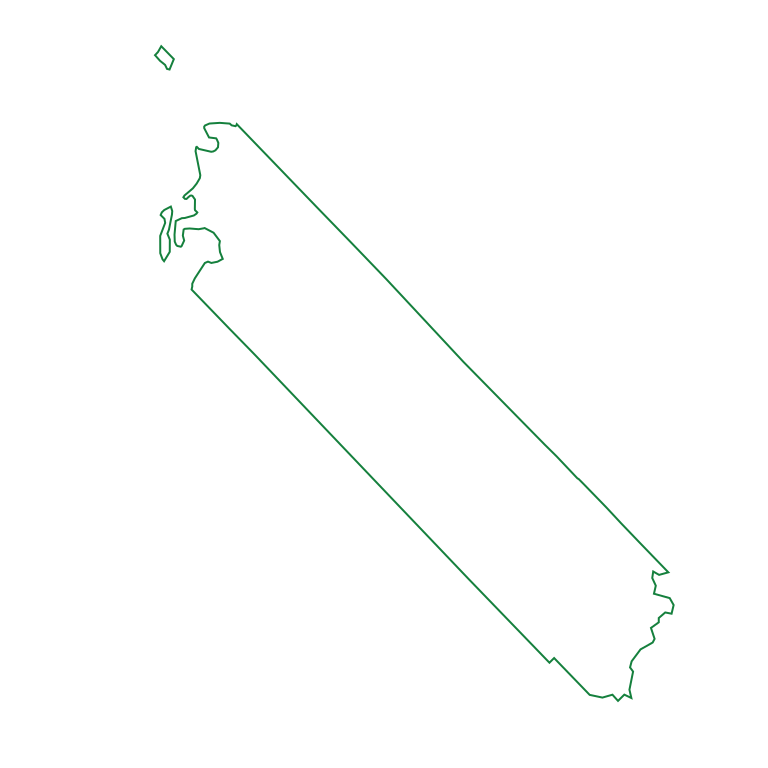 Whatcom, Washington, United States of America (Robinson projection), rotated 46°
{"feature_id": "52423323B9068998137459", "entity_name": "Whatcom", "entity_type": "district", "adm_level": 2, "iso_a3": "USA", "parent_name": "United States of America", "parent_adm1": "Washington", "projection": "robinson", "projection_center": [-122.187, 48.822], "detail": "fine", "context": "isolated", "style": "outline", "palette": "green", "viewbox_px": 768, "rotation_deg": 46, "n_neighbors": 0, "source": "geoboundaries", "source_scale": "gbopen_adm2", "svg_char_len": 1876}
<svg xmlns="http://www.w3.org/2000/svg" viewBox="0 0 768 768"><g transform="rotate(46 384 384)"><path d="M750.5,452.0L761.3,444.7L766.2,435.5L774.5,435.8L774.4,426.9L781.7,424.2L774.4,419.8L763.9,404.6L758.8,403.9L755.5,398.5L753.1,383.8L756.6,370.3L755.3,366.4L744.9,361.4L746.3,351.9L743.2,348.9L743.7,340.4L749.0,336.7L744.2,329.2L736.5,327.2L722.4,335.5L717.9,328.6L709.9,325.8L705.9,320.6L712.4,318.7L717.0,310.3L675.4,310.3L648.9,310.2L627.3,309.8L593.5,309.9L587.3,310.0L586.5,310.4L584.7,310.4L555.8,310.1L539.4,310.5L423.4,311.5L310.1,309.5L260.2,309.4L209.7,309.5L209.1,309.5L94.8,309.4L95.4,310.6L95.4,311.7L92.1,313.9L89.5,314.1L82.1,320.7L75.4,328.6L73.7,333.2L74.0,334.6L75.1,335.6L85.1,338.6L90.7,334.1L92.1,334.4L95.5,335.7L98.4,339.0L98.8,342.9L98.1,345.3L96.9,347.0L86.3,353.9L83.4,353.9L83.2,354.6L85.6,357.8L106.2,371.1L108.0,373.5L109.7,379.6L110.5,385.6L109.8,396.5L110.3,398.6L112.5,398.6L113.7,397.5L113.7,395.1L113.9,392.7L114.4,391.8L115.6,391.1L120.0,391.8L126.7,398.5L127.7,399.2L130.9,399.1L131.2,400.6L130.7,403.7L126.2,412.0L124.3,414.2L122.1,420.6L131.0,430.9L136.2,435.6L139.4,436.8L141.1,436.8L144.1,434.8L144.2,433.8L142.0,428.1L137.5,425.6L133.7,420.8L134.0,419.5L137.1,415.8L143.9,409.8L146.8,405.5L147.2,404.7L156.8,401.5L167.2,402.8L169.6,406.0L174.6,409.9L175.3,410.4L182.0,413.1L181.2,415.9L180.4,418.8L177.0,424.1L173.7,425.6L172.5,428.8L176.6,446.7L178.7,452.3L180.7,454.2L182.4,456.8L236.6,456.8L271.7,456.6L273.5,456.6L583.8,458.6L699.4,458.6L699.3,452.0L750.5,452.0ZM106.2,421.2L106.2,424.6L107.3,427.3L112.7,427.2L116.1,429.5L122.0,442.1L134.5,454.1L140.5,456.7L142.9,456.9L140.1,446.3L131.4,437.8L125.4,435.4L123.6,431.5L114.8,418.8L112.5,416.2L108.3,414.1L106.2,421.2ZM-13.7,309.6L-11.8,316.0L-11.6,320.3L-4.0,320.6L2.4,319.8L6.6,321.2L8.8,319.8L4.3,309.5L-13.7,309.6Z" fill="none" stroke="#15803d" stroke-width="2"/></g></svg>